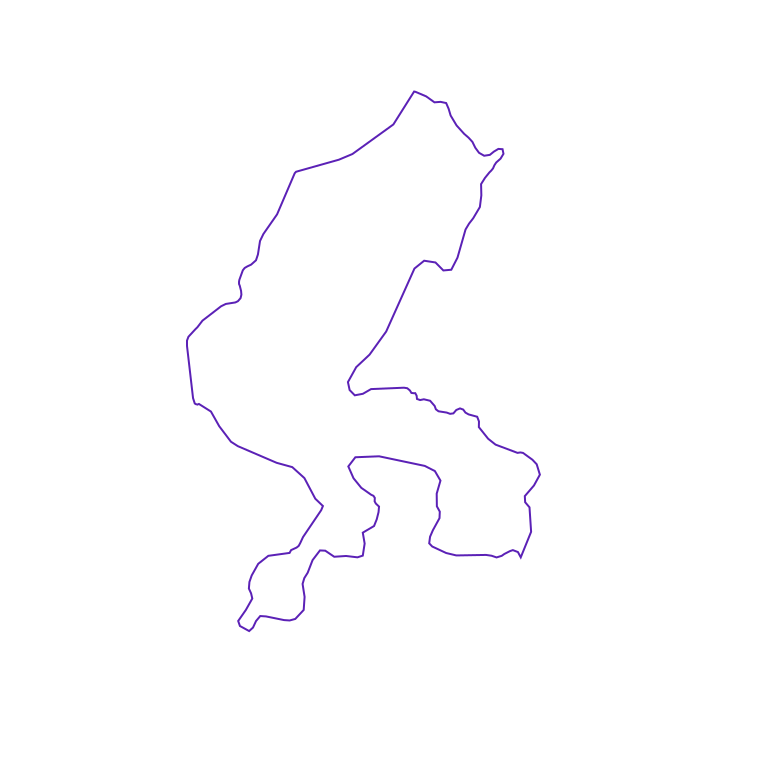 the State of Kebbi, rotated 25°
{"feature_id": "NGA-2879", "entity_name": "Kebbi", "entity_type": "State", "adm_level": 1, "iso_a3": "NGA", "parent_name": "Nigeria", "parent_adm1": "", "projection": "natural_earth1", "projection_center": [4.708, 11.664], "detail": "fine", "context": "isolated", "style": "outline", "palette": "violet", "viewbox_px": 768, "rotation_deg": 25, "n_neighbors": 0, "source": "natural_earth", "source_scale": "10m", "svg_char_len": 2661}
<svg xmlns="http://www.w3.org/2000/svg" viewBox="0 0 768 768"><g transform="rotate(25 384 384)"><path d="M221.9,481.8L220.7,481.6L216.9,477.5L189.4,432.8L187.1,427.9L186.8,423.8L189.9,414.1L190.9,411.4L192.7,403.3L203.5,382.4L206.8,378.3L214.8,372.9L216.6,370.7L217.7,366.8L217.0,363.3L215.1,360.0L211.5,355.6L210.8,355.1L210.3,354.5L209.4,352.6L208.9,350.8L208.0,340.6L208.7,337.7L210.5,335.1L213.1,332.0L215.7,326.0L215.0,319.9L211.2,306.8L211.3,299.0L215.4,275.4L214.0,230.7L214.6,228.8L248.3,199.8L258.2,188.9L282.8,144.8L287.7,106.2L289.0,105.9L300.7,105.5L310.7,107.4L316.0,104.4L321.6,103.1L326.3,107.3L330.9,112.5L340.5,119.0L350.9,123.4L356.5,125.0L361.8,127.2L366.9,131.3L372.4,134.3L378.3,134.8L383.1,131.6L385.4,126.9L388.3,122.6L392.2,121.1L395.0,124.9L394.4,130.5L392.1,135.8L391.6,139.1L391.7,142.5L391.0,145.3L390.1,147.7L388.4,154.6L387.5,161.8L392.5,171.9L396.1,183.1L394.8,196.1L393.3,202.7L392.6,209.5L397.2,238.4L396.7,252.0L389.8,256.0L379.3,252.1L368.3,255.3L362.8,266.5L363.8,335.5L358.5,363.5L351.7,380.4L350.5,397.5L355.4,404.0L362.3,406.6L369.0,401.8L374.4,394.1L403.7,378.9L406.9,378.0L410.2,378.9L412.6,380.5L414.5,379.9L416.2,379.1L418.5,380.8L420.2,383.6L423.5,383.3L426.6,381.0L432.9,379.7L439.2,382.5L441.7,385.0L444.9,385.7L452.9,383.4L456.5,383.1L459.3,381.3L460.5,377.0L463.2,374.0L466.6,373.7L469.9,375.5L473.5,375.8L482.3,374.3L485.9,377.8L488.2,383.0L501.5,389.6L510.7,391.8L534.1,390.0L536.5,388.4L539.1,387.7L550.5,389.9L556.3,392.2L563.6,400.3L562.8,412.6L559.0,426.1L561.9,431.5L568.0,434.3L579.8,455.8L581.2,483.3L576.4,479.7L571.0,480.1L568.8,482.2L564.9,487.2L563.3,490.0L559.3,493.6L554.0,494.2L548.7,495.8L522.0,508.8L511.8,510.9L496.4,510.9L492.3,509.3L490.3,503.0L490.1,495.9L491.0,482.1L488.5,476.1L483.6,472.5L478.1,461.1L476.0,447.7L466.9,441.4L455.6,441.0L410.1,451.6L389.0,462.5L386.5,473.8L396.2,482.3L407.3,487.7L419.1,489.8L421.7,489.8L423.8,491.1L425.1,494.3L427.1,495.8L431.3,497.2L433.2,502.4L434.6,509.7L435.0,516.9L427.6,527.7L433.9,536.8L437.3,548.5L433.2,552.3L422.3,555.9L411.9,561.6L401.2,559.9L396.3,561.9L393.7,573.8L394.6,587.3L393.8,593.6L394.7,599.6L402.0,610.5L406.7,622.7L402.9,634.4L398.4,638.2L393.2,640.2L375.3,644.5L369.9,646.6L368.2,652.9L368.2,660.1L366.2,664.9L355.7,664.2L352.0,660.4L354.3,647.1L355.3,634.1L352.0,629.9L348.0,626.5L345.7,620.3L345.0,613.4L346.0,600.1L351.8,588.6L369.8,577.0L370.0,573.8L373.9,569.2L375.1,566.8L375.3,563.7L375.3,556.9L380.4,524.9L380.2,520.4L370.2,517.0L351.6,502.9L336.0,498.1L320.0,500.8L277.8,502.1L269.7,501.0L252.5,491.9L238.8,482.1L224.7,480.3L223.6,481.5L223.4,481.5L221.9,481.8Z" fill="none" stroke="#5b21b6" stroke-width="2"/></g></svg>